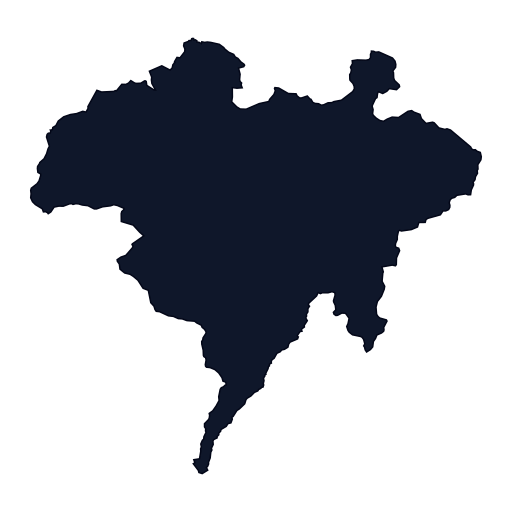 Sita Buzaului, Covasna, Romania (Robinson projection)
{"feature_id": "2599482B84594995893474", "entity_name": "Sita Buzaului", "entity_type": "district", "adm_level": 2, "iso_a3": "ROU", "parent_name": "Romania", "parent_adm1": "Covasna", "projection": "robinson", "projection_center": [26.114, 45.599], "detail": "fine", "context": "isolated", "style": "filled", "palette": "ink", "viewbox_px": 512, "rotation_deg": 0, "n_neighbors": 0, "source": "geoboundaries", "source_scale": "gbopen_adm2", "svg_char_len": 5951}
<svg xmlns="http://www.w3.org/2000/svg" viewBox="0 0 512 512"><path d="M202.2,473.6L207.7,470.2L206.4,467.5L207.6,466.4L208.6,464.0L208.5,462.3L210.2,457.9L210.8,452.2L211.9,450.0L211.4,448.3L213.2,444.5L212.9,440.9L213.8,439.5L217.1,437.9L217.1,436.5L218.8,434.8L218.7,433.2L220.6,431.3L221.0,429.5L226.2,426.4L228.0,423.6L230.9,422.9L232.3,419.2L231.9,417.2L233.1,416.5L236.9,410.5L239.4,408.9L244.7,403.8L246.0,399.6L247.2,398.2L250.9,396.0L254.4,392.4L257.8,390.9L258.6,389.5L260.8,388.4L261.6,387.3L263.0,387.1L263.7,385.0L263.3,383.5L264.0,380.7L263.5,378.1L264.8,376.1L264.7,375.2L266.0,374.2L265.7,373.4L268.0,368.8L268.5,366.6L269.4,365.9L269.4,364.2L271.4,363.1L271.2,361.8L271.9,359.9L274.1,358.3L276.9,353.3L280.3,351.7L281.6,350.0L284.5,349.3L287.9,347.2L288.7,344.0L290.1,342.1L297.6,338.9L298.3,336.9L297.5,336.6L297.4,335.4L300.0,331.6L302.0,331.2L301.5,329.9L301.8,328.9L304.4,327.0L304.2,325.4L307.3,320.7L305.7,317.9L306.6,316.1L306.4,314.2L307.9,311.9L307.9,308.7L309.5,306.2L308.5,305.2L308.6,303.4L316.6,295.9L318.1,292.6L320.5,293.6L322.1,292.8L328.0,292.8L332.0,291.7L334.8,292.6L335.1,295.1L333.5,300.6L333.6,301.8L335.3,305.4L335.8,309.8L333.4,312.3L334.0,314.2L335.9,315.5L337.6,315.3L341.8,313.1L345.0,313.2L346.0,313.9L349.1,318.3L348.0,323.7L346.7,326.5L348.0,330.4L349.2,332.2L352.5,334.8L360.6,336.5L362.1,337.3L363.6,339.4L364.8,343.8L363.7,345.9L364.5,347.0L365.2,349.9L366.6,352.0L370.4,349.6L372.7,346.9L373.4,341.5L375.5,338.5L376.9,335.0L381.5,333.0L383.6,331.3L384.0,329.9L383.7,327.4L387.0,321.1L386.4,319.9L379.7,318.0L378.0,316.5L376.6,314.3L376.0,307.1L377.4,301.5L381.4,296.3L384.2,289.3L384.7,286.3L382.1,281.3L382.8,273.1L383.3,271.9L381.9,266.9L392.3,265.1L395.4,265.8L396.3,264.7L396.5,257.9L399.6,250.7L398.7,248.2L395.9,247.3L395.3,245.4L395.7,243.1L397.3,239.5L397.3,236.3L398.5,231.0L399.6,230.3L401.4,231.0L411.3,229.6L417.5,227.0L418.8,222.5L425.2,222.4L426.0,219.5L427.9,218.3L440.4,214.8L443.0,210.9L445.8,210.9L448.6,209.6L449.8,207.3L449.9,205.2L449.2,202.8L450.0,200.1L451.6,198.3L454.7,197.4L456.9,195.3L465.7,193.9L468.0,194.8L470.6,194.7L471.3,189.9L473.5,185.1L473.6,183.7L473.0,182.4L475.0,179.7L475.5,176.7L477.5,173.3L477.2,170.6L478.0,169.1L477.8,164.7L480.9,159.8L481.3,156.7L480.3,152.4L477.2,151.3L475.3,149.7L473.5,149.9L471.6,148.9L470.7,147.0L450.5,130.0L447.0,128.8L444.9,129.4L438.9,127.9L434.2,122.8L432.6,122.2L426.0,123.4L421.4,118.6L420.0,114.4L413.9,112.1L411.7,110.6L408.0,111.3L398.6,117.5L392.1,117.1L387.2,119.1L383.5,121.3L379.9,120.5L376.3,118.2L373.2,115.2L372.6,113.6L373.1,109.6L372.2,106.4L372.4,105.3L375.5,98.6L377.0,97.6L377.6,93.3L378.5,91.7L382.7,93.5L386.8,91.3L389.3,88.6L396.5,89.7L399.6,86.7L399.2,84.9L394.6,80.5L393.7,78.1L393.5,72.7L392.8,71.0L395.6,67.3L395.8,64.4L395.0,61.1L392.5,58.0L378.8,51.9L375.5,52.2L373.7,51.3L371.4,51.1L371.3,52.6L370.5,54.3L370.5,57.7L369.0,59.6L365.9,60.2L357.3,59.9L352.2,60.7L352.5,63.6L350.5,67.2L351.4,69.9L350.8,72.8L349.7,74.6L349.8,79.0L350.0,80.2L353.0,83.5L354.2,86.5L354.3,88.9L352.7,91.6L341.4,100.2L333.9,101.6L331.9,102.6L328.0,102.8L323.7,104.8L321.3,105.2L318.6,103.7L315.0,103.4L312.8,102.4L311.0,99.3L309.9,98.9L307.3,96.0L301.7,97.9L299.7,98.0L297.1,95.9L296.1,93.8L288.3,93.5L278.7,88.0L274.9,87.6L274.5,88.4L275.3,90.8L273.9,94.5L269.7,99.3L268.8,101.5L259.2,103.6L246.2,109.2L240.2,109.0L236.8,106.9L231.7,101.8L232.4,97.0L232.3,87.6L236.9,88.2L242.2,87.8L241.1,84.9L241.6,83.0L240.1,81.5L239.6,79.6L240.1,74.2L238.5,68.1L243.7,66.7L244.6,65.2L244.0,64.2L240.9,61.9L237.9,58.4L235.3,57.0L233.7,54.4L228.7,52.2L224.7,48.9L223.8,47.6L219.3,44.3L210.8,42.4L207.3,42.0L204.6,42.4L201.8,41.8L201.4,43.6L199.0,42.3L196.9,42.1L196.9,40.8L195.3,39.8L194.0,40.0L193.6,38.5L192.5,38.4L191.7,38.7L191.0,40.5L188.9,40.6L188.4,41.4L184.1,43.0L183.6,45.9L184.9,49.0L184.7,51.7L180.0,57.8L177.0,57.4L174.6,61.5L174.4,62.4L174.8,62.6L172.9,64.7L172.2,67.9L170.1,70.1L161.8,65.8L149.4,71.2L151.7,77.1L151.4,79.9L151.9,83.5L155.5,90.0L153.9,89.9L146.8,85.4L146.2,81.4L145.5,80.9L144.5,80.9L140.8,83.2L136.6,83.4L134.8,83.1L130.8,80.6L128.5,83.1L125.9,84.4L121.8,84.3L116.4,90.9L115.2,90.6L114.0,91.4L101.6,92.0L96.9,90.3L87.9,106.6L88.1,108.3L86.0,112.1L82.8,111.3L76.6,113.6L70.5,114.5L63.7,116.8L58.3,121.0L55.9,125.6L52.8,127.5L52.4,129.7L50.4,130.1L50.9,130.7L50.2,133.1L48.3,133.2L47.1,134.4L46.5,137.0L49.4,146.2L48.0,148.9L46.6,153.7L44.0,158.8L39.8,162.5L39.6,163.4L37.6,166.4L37.4,168.6L37.9,172.4L40.7,174.0L40.7,175.5L39.0,181.0L37.0,183.8L31.3,188.2L30.7,190.3L31.1,193.8L30.7,197.8L32.5,201.7L35.4,204.6L42.3,208.8L43.4,211.9L45.6,211.7L47.5,212.7L48.2,213.7L50.8,212.0L54.1,207.1L58.9,206.1L63.3,206.2L69.7,203.8L71.7,203.7L73.0,204.4L75.8,203.7L78.6,203.9L82.2,205.0L88.0,205.7L94.2,208.9L96.6,208.9L102.6,206.8L110.6,205.8L113.7,204.7L117.4,205.5L123.9,208.3L123.8,209.7L121.8,211.5L121.2,213.6L121.3,221.5L133.2,225.1L139.7,232.2L143.8,235.9L132.3,243.9L132.0,244.7L133.1,245.8L132.4,247.8L125.8,255.4L120.9,257.1L117.1,259.7L117.4,261.4L119.3,264.0L120.0,269.2L124.7,273.0L130.1,274.3L133.2,276.3L137.9,280.2L143.1,288.3L148.3,290.3L150.8,302.7L154.0,306.2L155.0,309.5L156.2,311.3L159.6,311.7L168.4,315.8L173.4,316.4L178.3,318.6L182.3,318.9L186.9,320.6L194.6,321.2L196.7,322.9L201.3,325.2L202.1,327.3L204.5,329.3L206.1,331.9L205.9,333.4L203.0,337.9L202.8,339.7L201.7,341.5L201.8,344.2L203.2,350.2L203.4,355.4L203.9,356.6L205.6,357.7L206.1,360.0L205.3,364.6L205.6,366.3L206.5,367.2L210.1,367.6L214.9,369.6L218.7,372.9L222.0,377.7L223.0,381.2L225.7,382.1L226.3,384.9L225.2,385.1L223.4,386.8L221.3,387.7L220.2,389.3L218.7,396.7L219.1,400.5L216.2,405.9L212.7,410.9L209.2,413.4L209.6,415.4L209.2,418.3L208.4,419.7L204.5,423.7L204.5,426.9L205.7,428.7L205.5,431.0L206.1,432.2L203.9,436.7L203.7,439.1L202.4,440.3L200.8,444.0L201.4,446.9L200.6,448.9L200.8,451.1L199.5,458.8L193.8,459.7L194.9,462.8L193.3,463.7L198.4,470.5L198.9,472.5L202.2,473.6Z" fill="#0f172a" stroke="#020617" stroke-width="1.5"/></svg>